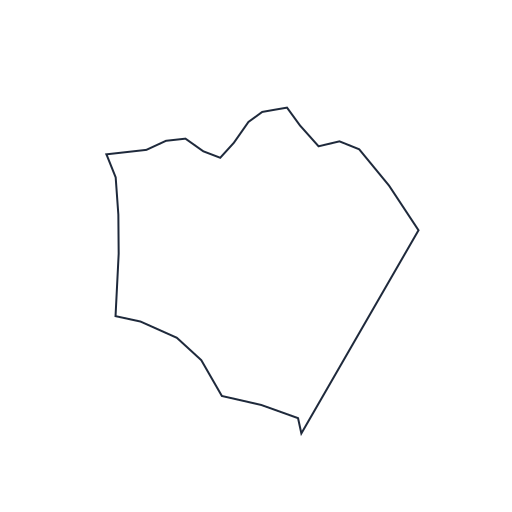 outline of Geumjeong-gu, Busan, South Korea, rotated 144°
{"feature_id": "91817680B87761816793360", "entity_name": "Geumjeong-gu", "entity_type": "district", "adm_level": 2, "iso_a3": "KOR", "parent_name": "South Korea", "parent_adm1": "Busan", "projection": "robinson", "projection_center": [129.093, 35.254], "detail": "fine", "context": "isolated", "style": "outline", "palette": "slate", "viewbox_px": 512, "rotation_deg": 144, "n_neighbors": 0, "source": "geoboundaries", "source_scale": "gbopen_adm2", "svg_char_len": 524}
<svg xmlns="http://www.w3.org/2000/svg" viewBox="0 0 512 512"><g transform="rotate(144 256 256)"><path d="M323.6,85.8L109.4,181.3L107.0,234.7L109.8,281.7L121.1,299.7L140.9,308.0L143.7,335.7L143.7,357.8L154.2,363.0L166.3,368.9L183.3,368.9L207.4,360.6L227.2,356.5L237.1,371.7L244.1,392.4L261.1,402.1L282.3,406.3L317.3,426.2L317.7,424.3L323.3,402.1L343.1,370.3L365.8,338.5L405.0,289.9L388.0,270.9L368.1,236.3L361.5,203.9L365.9,162.8L339.4,132.5L317.3,100.1L323.6,85.8Z" fill="none" stroke="#1e293b" stroke-width="2"/></g></svg>